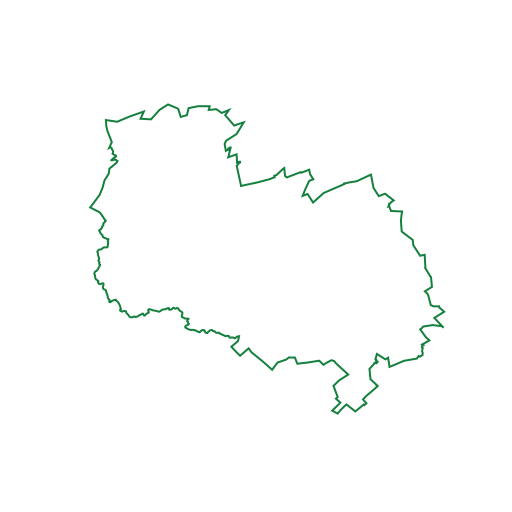 outline of Sekhukhune, Limpopo, South Africa, rotated 249°
{"feature_id": "47623444B21298621424908", "entity_name": "Sekhukhune", "entity_type": "district", "adm_level": 2, "iso_a3": "ZAF", "parent_name": "South Africa", "parent_adm1": "Limpopo", "projection": "equal_earth", "projection_center": [29.807, -24.813], "detail": "fine", "context": "isolated", "style": "outline", "palette": "green", "viewbox_px": 512, "rotation_deg": 249, "n_neighbors": 0, "source": "geoboundaries", "source_scale": "gbopen_adm2", "svg_char_len": 6112}
<svg xmlns="http://www.w3.org/2000/svg" viewBox="0 0 512 512"><g transform="rotate(249 256 256)"><path d="M173.6,203.1L168.6,205.4L172.4,216.0L167.7,217.3L155.0,224.6L144.0,230.3L148.8,237.8L148.5,247.1L149.5,250.5L148.5,252.6L147.3,255.9L140.6,256.0L138.0,266.2L135.6,277.5L130.2,280.0L130.8,282.3L131.7,289.0L129.8,291.4L126.9,292.3L112.3,299.6L110.1,289.1L107.0,281.8L95.0,281.7L94.2,279.5L88.8,282.2L84.3,271.7L79.6,275.8L81.5,279.0L84.0,284.5L85.0,287.3L75.3,293.0L78.7,303.3L78.0,303.5L78.9,306.3L83.7,304.5L85.9,308.9L87.5,313.6L88.0,315.1L90.8,322.7L91.6,322.3L91.7,322.8L99.9,318.7L110.0,321.5L112.9,327.5L113.8,328.3L112.7,329.8L113.4,331.3L114.0,330.4L114.5,331.2L115.3,330.5L116.0,331.1L116.8,330.5L121.2,333.8L113.1,339.8L113.7,342.9L104.6,340.9L105.1,356.8L102.6,369.4L104.4,372.0L103.2,373.0L103.9,376.0L106.1,377.0L107.3,376.8L110.5,378.7L111.1,378.1L112.4,378.8L112.7,380.3L113.9,379.4L115.0,387.6L119.3,385.5L128.7,383.0L129.4,385.3L130.2,386.9L128.2,396.2L123.9,404.3L121.8,405.4L134.3,400.3L136.5,411.7L142.4,408.6L143.4,408.9L145.4,403.7L147.5,401.6L158.6,402.8L162.5,401.0L164.1,409.2L173.5,411.8L173.7,411.6L183.9,409.7L183.9,409.8L196.7,413.9L197.4,409.3L209.8,406.7L214.8,408.1L226.6,400.8L237.0,403.9L242.4,406.7L245.2,408.4L249.6,398.2L254.2,398.2L254.8,397.8L254.8,397.4L255.1,397.7L255.3,397.9L255.4,398.2L255.7,398.1L255.9,398.2L256.2,398.9L256.8,398.9L257.1,399.0L257.2,400.2L257.7,401.4L258.1,402.0L258.1,403.3L258.7,403.9L258.7,404.4L267.9,398.8L267.9,392.1L277.5,390.1L290.8,392.5L289.7,376.8L291.3,369.1L292.1,364.3L291.5,364.3L290.6,341.9L285.5,328.4L295.4,326.4L295.4,321.1L300.6,325.9L307.0,332.5L307.1,337.0L313.0,335.8L317.5,336.6L317.5,328.1L318.3,327.8L318.3,312.9L320.4,311.8L328.0,313.9L327.7,312.5L324.3,304.3L324.3,301.8L322.9,301.7L322.8,296.7L324.1,284.3L326.8,267.1L328.0,267.4L347.1,270.3L349.0,273.8L348.9,274.5L349.2,274.7L349.4,274.1L349.9,274.4L350.0,274.1L350.0,273.9L349.6,273.6L349.6,272.9L349.3,272.2L349.4,271.8L349.8,271.6L350.8,272.1L357.9,274.3L358.1,265.5L366.3,271.2L366.7,270.7L366.7,270.4L366.3,269.6L366.2,268.5L365.8,268.5L365.4,268.9L365.0,268.3L365.2,266.2L365.0,265.5L371.9,266.9L374.3,269.4L376.9,281.7L385.2,292.4L385.5,285.9L385.6,285.1L385.5,284.9L385.6,282.4L398.5,277.7L402.0,283.0L401.8,275.3L407.3,271.5L409.3,264.2L412.4,266.4L416.6,255.7L418.2,246.1L412.3,242.0L412.8,235.6L421.0,236.1L422.3,235.2L429.0,228.2L427.0,218.3L421.2,207.0L425.5,197.4L431.1,203.1L431.5,187.4L431.1,174.5L436.7,164.6L430.8,162.8L426.0,162.1L414.0,162.2L409.5,157.6L409.6,158.8L409.2,159.5L408.6,159.9L406.8,159.8L405.4,160.2L403.7,159.5L402.8,158.7L400.4,160.7L399.8,161.2L399.3,161.2L399.0,160.8L398.7,158.6L397.6,156.2L397.6,155.6L397.3,155.3L397.0,155.6L396.9,156.0L396.7,158.4L396.5,159.1L395.9,159.7L395.3,159.9L394.4,160.7L393.0,159.3L390.1,150.5L385.7,148.1L380.8,141.6L374.3,136.9L369.0,131.8L360.7,118.6L352.7,125.8L346.2,127.5L345.9,127.4L344.3,127.8L343.5,127.7L343.2,127.9L342.9,128.4L342.6,128.2L341.7,126.7L341.3,125.5L340.8,125.0L339.3,124.4L338.6,122.9L337.7,122.5L337.0,121.1L336.4,120.6L336.4,120.3L336.5,119.6L336.3,119.1L336.0,118.7L334.9,118.8L334.1,119.0L332.8,119.0L330.4,120.1L328.5,119.9L327.5,120.8L326.0,122.5L325.2,123.0L324.9,123.4L324.8,124.1L324.4,124.2L324.1,124.1L323.4,123.2L323.1,123.0L322.4,122.8L321.4,122.9L320.7,122.3L319.8,121.9L319.3,121.5L318.4,121.3L318.0,120.9L317.5,120.1L317.5,119.7L318.2,118.0L318.5,117.2L318.4,115.9L317.6,113.9L318.2,112.0L318.2,111.6L317.3,109.9L316.9,109.5L316.4,109.3L315.2,109.4L313.0,108.8L309.9,108.7L309.1,108.2L308.3,107.3L307.4,107.3L306.3,107.7L304.9,106.7L303.7,107.3L303.4,107.2L300.4,103.8L299.2,101.6L299.2,100.6L298.9,100.0L297.7,98.8L296.9,98.6L295.7,98.8L294.3,98.3L291.7,98.1L290.4,99.1L289.1,99.8L288.8,99.7L288.0,99.0L286.3,99.4L285.7,100.3L285.4,103.3L285.1,103.6L284.7,103.7L283.7,103.3L282.1,102.0L280.7,101.6L279.6,101.9L278.5,103.2L277.7,103.6L276.4,103.3L271.5,103.2L270.3,102.7L269.8,102.6L267.5,103.5L267.1,103.4L266.8,102.9L266.7,102.8L265.9,102.7L265.5,102.8L265.3,102.9L265.1,103.6L265.7,105.6L265.6,108.9L265.4,109.4L265.1,109.6L264.4,109.5L263.1,110.4L260.2,111.1L257.3,111.1L255.5,110.8L254.9,110.9L254.7,110.7L254.2,109.7L253.9,109.6L253.1,110.0L252.1,110.9L252.0,113.0L251.4,114.1L250.9,114.8L249.1,114.6L247.0,115.6L244.8,116.1L244.4,116.4L243.8,117.0L243.2,118.1L243.1,119.2L243.2,120.5L243.1,120.8L242.2,121.7L242.0,123.3L242.0,123.9L242.5,125.6L242.4,126.8L242.9,129.4L242.8,129.7L242.3,130.0L241.4,130.0L240.4,130.3L240.3,130.8L241.5,133.5L241.4,134.8L241.6,135.5L242.1,135.9L244.0,135.8L244.4,136.2L244.7,136.8L244.6,137.2L243.5,138.9L242.0,140.6L240.1,143.9L239.1,144.8L238.8,145.3L238.8,146.9L239.1,147.8L239.5,149.7L238.9,151.8L238.7,153.1L238.8,153.7L239.0,154.3L238.9,155.0L238.7,155.7L238.4,156.0L237.1,155.7L236.5,157.0L236.4,157.4L236.8,159.3L237.0,159.9L237.2,160.1L237.3,160.5L236.9,160.9L236.4,161.2L235.7,161.8L235.6,162.5L235.8,163.6L235.5,164.1L235.2,164.4L234.7,164.6L233.5,164.7L233.1,165.0L232.7,165.0L231.4,165.8L230.6,166.6L229.5,166.9L229.0,166.9L228.7,166.6L228.2,166.4L227.2,165.5L226.8,165.2L226.0,165.0L225.3,165.1L224.5,166.2L223.1,167.3L222.6,168.3L222.2,169.6L221.4,170.4L220.6,168.9L219.8,168.3L218.9,168.8L217.9,168.6L216.9,169.0L216.5,168.8L216.2,168.3L216.1,166.0L215.8,165.0L215.4,164.6L214.8,164.4L213.8,164.9L212.9,165.8L211.7,166.7L210.0,169.1L209.8,170.1L209.3,171.6L208.6,172.0L207.8,173.4L206.7,174.1L205.0,176.0L205.1,176.4L205.6,177.2L206.1,179.1L206.1,179.7L205.7,180.1L205.4,181.0L204.9,181.3L204.3,181.0L203.9,181.0L203.6,181.3L203.1,181.3L202.5,181.6L201.7,182.3L201.5,183.0L202.4,184.3L203.0,186.4L202.9,187.8L202.6,188.5L202.1,188.7L201.4,188.9L201.0,189.3L200.9,189.7L200.4,190.5L199.1,190.9L198.6,191.4L198.3,192.1L197.9,192.8L197.7,193.6L197.5,194.2L196.9,194.2L196.3,194.6L195.2,195.9L194.5,196.3L193.8,197.2L192.2,198.6L191.8,200.4L191.2,201.8L190.8,202.0L190.1,202.0L189.2,202.2L189.0,202.4L188.9,202.7L188.9,203.5L188.3,205.1L187.7,205.8L186.9,206.5L186.7,207.1L187.5,209.3L187.5,209.9L187.2,211.4L183.1,208.8L180.1,200.5L173.6,203.1Z" fill="none" stroke="#15803d" stroke-width="2"/></g></svg>